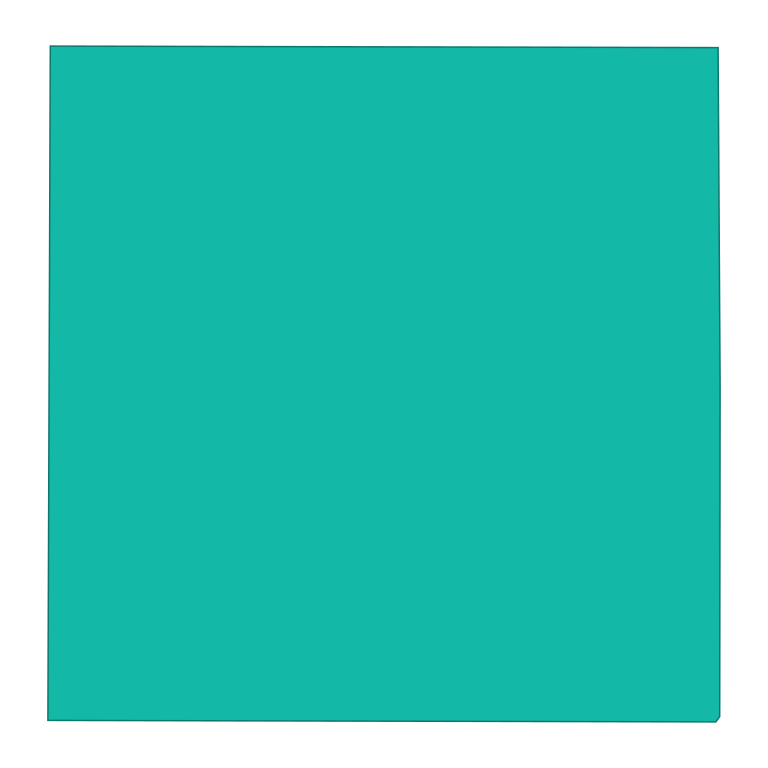 outline of Saline, Nebraska, United States of America
{"feature_id": "52423323B35971436887727", "entity_name": "Saline", "entity_type": "district", "adm_level": 2, "iso_a3": "USA", "parent_name": "United States of America", "parent_adm1": "Nebraska", "projection": "albers", "projection_center": [-97.109, 40.524], "detail": "fine", "context": "isolated", "style": "filled", "palette": "teal", "viewbox_px": 768, "rotation_deg": 0, "n_neighbors": 0, "source": "geoboundaries", "source_scale": "gbopen_adm2", "svg_char_len": 210}
<svg xmlns="http://www.w3.org/2000/svg" viewBox="0 0 768 768"><path d="M50.3,46.1L47.9,720.4L715.8,721.9L719.7,716.6L720.1,385.2L718.1,47.6L50.3,46.1Z" fill="#14b8a6" stroke="#0f766e" stroke-width="1.5"/></svg>